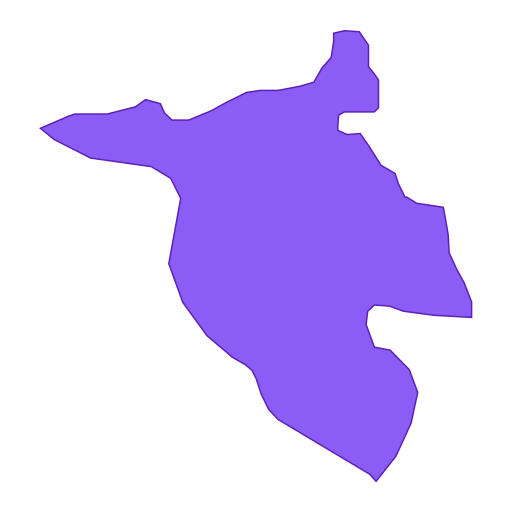 the border of West Herzegovina
{"feature_id": "BIH-2227", "entity_name": "West Herzegovina", "entity_type": "Canton", "adm_level": 1, "iso_a3": "BIH", "parent_name": "Bosnia and Herzegovina", "parent_adm1": "", "projection": "robinson", "projection_center": [17.518, 43.363], "detail": "fine", "context": "isolated", "style": "filled", "palette": "violet", "viewbox_px": 512, "rotation_deg": 0, "n_neighbors": 0, "source": "natural_earth", "source_scale": "10m", "svg_char_len": 1318}
<svg xmlns="http://www.w3.org/2000/svg" viewBox="0 0 512 512"><path d="M283.8,422.9L278.2,419.6L268.6,409.3L261.3,394.3L256.1,378.4L251.9,370.2L245.3,364.7L232.6,357.4L207.1,335.8L182.8,302.4L168.8,263.7L180.7,198.4L170.8,178.4L151.3,166.6L90.7,158.1L54.3,139.6L40.4,128.3L68.7,116.1L75.0,114.0L107.3,114.0L135.5,106.8L145.5,99.6L160.4,103.7L164.5,113.0L172.0,120.1L188.6,120.1L211.0,110.9L225.9,102.7L246.6,92.4L260.7,90.4L278.1,90.4L299.7,86.3L313.8,82.2L322.1,67.8L331.2,57.5L333.7,41.1L333.7,33.2L337.1,32.4L344.5,30.7L358.3,31.7L359.3,31.8L363.6,38.1L368.5,45.2L368.5,59.4L368.5,66.7L374.3,73.9L378.5,80.1L378.5,95.4L378.5,107.8L376.8,109.5L374.3,111.9L365.2,111.9L351.9,111.9L344.5,111.9L339.9,114.4L338.7,115.0L337.8,125.3L337.8,130.4L346.6,134.3L346.9,134.5L350.6,134.3L360.2,133.5L369.4,146.8L381.0,165.3L395.1,173.5L398.4,183.7L405.0,197.1L406.8,197.1L416.7,203.3L443.3,207.3L445.8,220.7L447.6,231.3L448.2,235.2L449.0,250.2L449.1,252.7L456.6,269.1L462.5,279.8L464.0,282.4L465.0,285.0L471.6,301.9L471.6,317.4L469.7,317.3L434.2,315.3L416.6,313.0L403.5,311.2L389.3,306.1L374.4,305.0L367.7,311.2L366.1,324.5L367.9,329.4L374.4,347.2L375.9,347.4L390.2,350.2L409.3,369.7L410.4,372.7L417.7,392.4L411.1,423.1L395.9,456.2L376.1,481.3L369.5,474.1L283.8,422.9Z" fill="#8b5cf6" stroke="#5b21b6" stroke-width="1.5"/></svg>